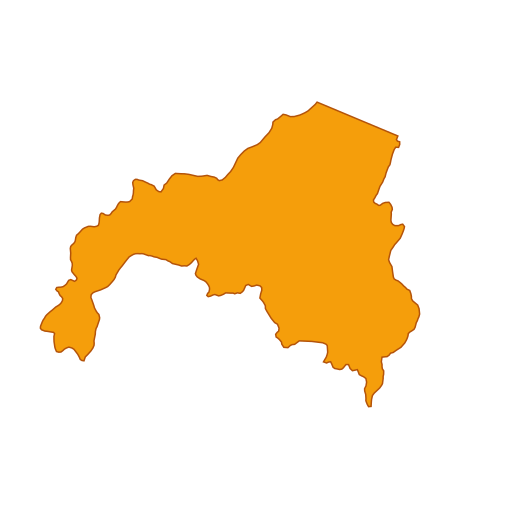 outline of Aurora do Pará, Pará, Brazil, rotated 23°
{"feature_id": "56859067B35276359605385", "entity_name": "Aurora do Pará", "entity_type": "district", "adm_level": 2, "iso_a3": "BRA", "parent_name": "Brazil", "parent_adm1": "Pará", "projection": "natural_earth1", "projection_center": [-47.772, -2.26], "detail": "fine", "context": "isolated", "style": "filled", "palette": "amber", "viewbox_px": 512, "rotation_deg": 23, "n_neighbors": 0, "source": "geoboundaries", "source_scale": "gbopen_adm2", "svg_char_len": 5707}
<svg xmlns="http://www.w3.org/2000/svg" viewBox="0 0 512 512"><g transform="rotate(23 256 256)"><path d="M381.6,172.9L381.2,170.9L378.6,169.4L377.0,170.5L375.4,172.3L373.4,173.2L371.9,173.8L369.5,173.5L367.5,172.3L366.2,170.4L364.2,164.6L363.3,162.8L363.3,159.9L362.2,158.0L359.8,155.9L357.4,154.6L354.1,156.2L352.0,158.1L350.5,160.8L349.1,161.5L347.1,161.0L345.2,161.0L343.3,160.4L342.2,158.5L342.6,156.5L342.9,153.1L343.4,151.2L343.1,146.9L342.9,143.4L343.7,138.5L343.6,134.8L343.9,132.7L343.3,129.0L343.1,125.3L343.0,122.3L343.6,119.7L343.2,117.3L342.6,114.5L341.8,108.9L341.6,104.0L342.1,101.3L344.8,100.3L344.7,97.1L343.6,94.7L341.4,95.0L339.8,94.0L339.7,90.1L298.0,90.3L296.2,90.3L252.1,90.5L251.3,93.3L249.4,97.4L247.1,102.3L245.0,105.1L243.1,107.2L241.2,109.2L236.7,112.7L233.1,114.3L228.5,114.4L225.6,115.0L224.5,117.3L222.3,121.5L220.7,122.9L219.3,126.1L220.1,128.5L220.6,132.3L219.8,137.4L217.8,142.7L215.6,149.9L213.6,153.1L209.9,156.9L206.5,160.1L204.2,163.9L202.3,168.7L201.0,173.0L200.6,183.2L199.6,188.3L198.2,192.0L197.1,195.6L195.2,199.2L192.7,201.0L190.9,200.7L189.4,199.8L186.6,199.7L183.5,200.4L179.5,200.9L177.9,201.9L175.0,203.7L171.2,205.5L162.3,207.1L158.1,208.3L154.8,209.6L149.5,211.5L147.3,214.9L146.2,218.9L145.3,223.8L143.7,226.6L144.4,230.0L143.5,234.1L141.4,234.7L138.4,234.1L135.0,231.5L131.7,231.2L130.2,231.5L128.1,231.2L126.3,231.2L122.2,231.0L118.4,231.9L116.7,231.9L115.0,232.6L113.8,234.6L113.8,236.5L114.9,238.5L117.0,241.4L117.7,243.8L118.5,245.9L119.0,247.8L119.2,249.8L119.8,251.8L118.4,255.3L117.0,256.3L115.2,257.2L111.9,258.3L110.0,258.9L109.0,261.3L108.7,263.6L108.6,265.7L108.3,267.7L106.4,271.5L106.0,273.6L105.3,275.4L103.9,276.4L101.3,277.1L98.6,276.6L96.9,277.0L96.3,278.8L97.0,282.1L98.2,285.4L98.7,287.2L98.9,289.4L97.7,290.9L95.7,292.3L92.1,293.3L90.1,294.2L88.6,295.7L87.1,297.2L85.8,299.1L84.4,303.2L83.6,305.2L82.7,307.0L82.9,309.5L83.4,311.4L83.8,313.3L83.3,315.7L82.4,317.4L81.7,319.5L82.1,321.6L84.3,325.7L85.8,329.8L86.7,331.8L88.3,333.1L89.6,334.4L90.6,336.4L91.7,341.0L92.8,342.4L95.7,344.0L98.3,345.2L99.9,346.4L100.1,348.2L98.9,350.2L94.7,350.1L93.1,351.6L92.5,355.9L91.6,357.7L90.4,359.6L88.6,360.9L86.5,361.9L84.9,362.9L84.7,364.9L86.5,365.9L88.2,366.2L89.4,367.5L91.1,368.9L93.1,369.6L94.7,370.7L95.3,372.8L95.0,375.2L94.2,377.4L93.0,379.3L91.6,381.2L89.6,385.4L88.3,387.7L86.4,391.8L85.8,393.7L85.6,395.8L85.1,398.1L85.0,400.3L85.1,404.8L85.7,406.7L87.4,407.7L91.1,407.6L92.9,407.0L99.5,405.4L100.9,406.1L101.4,408.9L102.6,411.7L103.6,413.8L106.4,418.4L107.5,419.8L109.7,421.9L112.0,421.6L114.0,420.6L115.2,418.5L116.0,416.6L117.5,414.7L119.3,413.0L122.4,412.6L124.9,413.0L130.3,416.1L132.7,418.0L134.7,419.9L136.6,420.2L138.6,419.7L138.3,415.6L139.6,412.4L141.1,408.0L141.8,404.5L141.8,401.5L141.1,399.5L140.0,397.4L139.3,394.1L138.6,390.7L137.7,388.3L137.1,385.2L137.3,383.1L137.1,380.9L136.7,375.6L136.2,373.9L134.2,371.2L132.1,370.3L130.2,369.0L127.6,366.9L126.0,364.9L124.1,362.8L122.0,360.5L120.2,358.7L119.4,355.9L120.4,353.4L121.8,351.8L126.2,347.9L128.8,345.1L130.0,343.8L131.4,342.1L132.5,339.5L133.8,335.6L134.5,333.1L134.8,330.6L134.5,328.1L134.9,325.1L135.2,322.6L135.9,319.8L136.6,317.6L137.8,312.8L138.6,309.8L139.6,306.4L141.2,304.1L142.7,302.2L144.3,300.9L146.2,300.0L148.2,299.3L149.8,298.5L151.4,298.0L156.8,297.7L158.4,297.0L160.2,296.7L162.5,296.6L165.5,295.9L168.1,295.9L170.3,295.8L172.3,295.2L174.6,294.5L176.6,294.9L179.1,294.9L182.0,295.6L188.4,294.5L191.4,294.3L193.9,293.0L196.3,292.2L198.0,289.8L199.2,287.3L199.8,285.4L200.6,283.2L201.7,281.5L204.1,283.3L206.4,286.1L206.7,291.5L207.1,295.9L208.3,297.2L210.1,298.2L213.5,298.9L218.0,298.9L220.1,299.4L222.2,300.5L223.8,301.6L225.2,302.8L226.2,304.6L226.8,307.5L226.1,309.3L226.1,311.5L227.9,312.1L229.9,310.6L231.7,308.6L233.2,307.5L237.2,307.3L238.9,306.1L241.1,303.8L242.5,301.8L244.1,301.2L246.8,300.2L249.4,299.1L251.2,299.1L253.2,297.2L256.1,296.5L257.3,294.5L258.0,292.6L258.1,287.1L260.0,285.2L263.8,285.7L266.0,284.3L268.0,282.5L271.3,281.9L273.5,282.8L274.7,285.2L275.1,289.1L276.0,293.2L278.1,294.2L279.6,294.9L281.1,295.8L284.0,298.1L285.2,300.7L287.7,302.7L294.3,307.4L299.2,310.0L302.4,310.4L305.4,313.4L306.2,316.3L305.3,318.1L304.7,320.4L306.2,322.7L308.0,323.0L310.3,323.8L313.1,325.3L314.1,327.0L317.3,329.2L321.2,327.9L322.5,325.0L323.8,323.5L326.1,322.2L329.0,317.2L340.8,312.8L351.3,309.8L353.2,309.8L354.8,309.8L356.5,310.5L358.0,313.4L359.6,316.6L360.0,318.8L360.2,321.7L359.8,324.5L359.5,327.1L362.8,326.9L364.1,325.4L366.0,324.2L368.0,325.9L370.4,328.3L372.5,328.8L374.6,328.3L377.4,327.8L379.2,326.6L380.1,324.8L381.2,320.8L383.6,319.8L386.6,322.8L389.6,323.9L391.9,322.3L393.7,321.0L395.8,323.1L397.4,324.8L400.2,325.1L402.1,325.1L405.0,325.8L407.1,328.9L408.0,332.6L407.8,335.7L408.8,337.8L411.1,340.6L412.9,344.2L413.7,346.3L414.9,347.6L416.4,349.1L418.5,350.7L420.7,349.5L419.2,345.3L418.4,342.8L417.7,338.9L418.4,336.0L421.4,329.2L422.1,326.2L422.3,324.1L420.9,319.1L420.1,317.2L419.7,315.0L418.4,311.8L416.4,310.5L415.3,308.7L414.4,306.6L412.7,304.4L411.5,299.9L414.1,298.4L416.0,297.4L417.3,295.2L417.8,292.9L420.0,291.2L422.0,287.9L425.1,283.4L426.9,278.0L427.3,274.5L427.3,272.2L427.1,270.1L426.5,267.9L427.3,265.9L428.6,264.1L430.1,261.8L430.3,259.4L429.6,254.8L429.8,252.4L429.6,250.4L429.7,248.4L429.3,245.5L426.7,240.8L424.0,238.0L417.8,236.1L415.8,234.6L414.8,232.4L413.2,230.1L411.0,227.7L407.8,227.5L406.0,226.6L403.7,225.9L401.0,224.7L398.7,224.0L396.4,223.4L394.3,223.5L392.1,223.1L390.7,221.7L388.1,217.5L385.3,212.7L381.5,209.8L379.5,207.6L378.8,203.9L377.9,198.2L378.8,193.9L379.2,191.3L379.9,189.4L381.8,183.3L381.9,178.6L381.8,175.1L381.6,172.9Z" fill="#f59e0b" stroke="#b45309" stroke-width="1.5"/></g></svg>